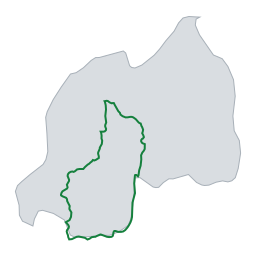 location of Southern within Rwanda
{"feature_id": "RWA-3491", "entity_name": "Southern", "entity_type": "Province", "adm_level": 1, "iso_a3": "RWA", "parent_name": "Rwanda", "parent_adm1": "", "projection": "robinson", "projection_center": [29.673, -2.278], "detail": "medium", "context": "in_parent", "style": "outline", "palette": "green", "viewbox_px": 256, "rotation_deg": 0, "n_neighbors": 0, "source": "natural_earth", "source_scale": "10m", "svg_char_len": 2859}
<svg xmlns="http://www.w3.org/2000/svg" viewBox="0 0 256 256"><path d="M95.6,57.6L99.3,57.5L123.3,51.0L125.7,53.0L129.6,65.7L131.7,67.5L135.0,68.0L141.8,65.1L154.2,55.2L159.6,49.1L165.9,40.7L174.1,31.2L178.6,22.9L183.0,18.0L188.9,16.5L195.3,16.9L199.8,17.1L196.1,19.1L195.3,25.1L199.5,34.9L213.4,55.0L222.2,58.7L227.9,66.5L233.5,79.7L235.2,96.2L232.9,116.1L234.2,130.8L239.3,140.5L240.6,153.1L238.2,168.5L235.3,177.7L231.8,180.8L227.9,181.9L222.6,180.9L216.1,182.2L209.0,185.1L204.6,185.5L201.8,185.0L196.6,182.5L188.4,174.5L173.1,178.9L168.9,178.8L163.3,182.6L158.7,187.3L155.9,187.6L153.1,187.0L139.9,177.6L135.0,177.9L133.0,204.3L130.8,219.0L128.1,225.5L118.7,231.8L109.1,235.4L103.9,235.2L83.0,237.1L74.8,237.2L70.3,235.0L64.4,220.0L53.3,213.4L42.6,210.3L38.3,211.1L34.4,219.0L32.9,226.0L22.5,221.2L19.4,215.2L19.1,205.2L15.4,191.4L17.5,185.6L21.5,181.8L30.1,174.5L43.1,164.4L45.9,159.6L47.8,151.6L46.9,133.0L45.7,117.3L47.2,111.7L53.2,99.6L61.2,87.1L70.5,74.0L76.1,72.7L83.5,67.7L91.2,60.4L95.6,57.6Z" fill="#d9dde1" stroke="#a8b0b8" stroke-width="1"/><path d="M138.0,176.3L136.3,175.0L135.2,175.0L134.9,175.7L134.2,183.4L135.0,193.1L132.5,202.6L132.0,217.0L131.4,219.8L130.4,222.5L129.0,225.1L127.5,227.4L125.2,230.1L123.1,231.5L120.9,231.9L118.1,231.9L115.6,231.0L114.3,231.0L113.5,232.2L113.1,234.8L112.7,236.0L111.6,236.8L109.1,237.1L107.0,236.8L101.1,234.6L100.3,234.5L97.0,235.9L95.3,236.8L94.2,236.8L91.7,237.2L89.6,238.7L87.5,239.5L84.9,237.8L78.7,236.5L76.7,236.8L71.9,239.1L69.2,239.4L68.2,237.0L68.0,235.4L67.0,232.8L66.7,231.3L67.1,230.0L68.7,227.9L68.9,226.4L68.2,224.9L65.8,222.2L69.5,220.1L71.0,216.9L71.4,212.4L69.5,209.3L69.4,208.4L69.7,206.0L67.2,201.1L67.0,199.2L66.1,197.8L62.5,196.3L61.1,195.4L61.0,194.6L61.5,192.9L62.5,191.3L67.1,188.5L67.6,187.3L66.9,184.7L69.0,181.0L69.1,179.8L67.6,176.0L67.9,174.3L69.0,172.8L70.7,171.8L72.4,171.5L73.6,171.9L75.0,171.2L77.1,169.4L79.4,169.0L83.3,169.0L84.9,167.1L87.7,164.6L89.2,163.7L90.4,162.5L91.8,161.5L92.9,160.0L94.2,160.5L96.0,159.8L98.8,158.0L98.8,156.3L98.1,153.7L98.2,152.4L99.8,148.6L99.8,147.6L101.8,144.0L102.2,140.7L101.5,138.4L101.6,135.7L101.2,132.9L100.7,131.7L103.5,131.7L104.8,131.3L105.9,130.2L106.1,128.9L105.2,126.5L105.2,125.1L106.2,122.5L105.3,116.0L106.0,109.5L105.7,105.2L104.9,101.7L104.6,101.2L106.6,100.8L107.8,101.0L109.6,102.4L111.7,103.3L113.1,103.0L114.0,103.2L114.4,104.3L118.3,111.2L119.9,112.8L120.5,114.6L122.6,116.2L125.6,117.4L127.8,117.3L130.0,116.9L131.9,116.9L133.3,117.4L135.8,119.2L138.5,122.3L139.5,123.1L140.7,123.5L141.5,126.1L142.1,127.0L143.1,129.7L142.7,131.8L142.2,133.2L143.2,135.1L143.9,137.1L143.0,138.5L142.1,138.9L141.3,139.9L141.1,141.1L141.8,142.6L142.7,143.3L144.8,144.1L144.7,149.0L143.9,150.6L142.3,152.6L141.1,155.3L141.3,159.5L140.6,165.7L139.2,170.2L138.5,175.3L138.0,176.3Z" fill="none" stroke="#15803d" stroke-width="2"/></svg>